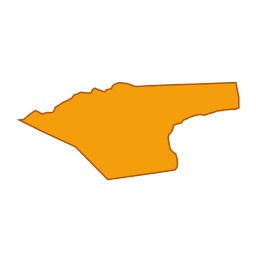 the district of Groaíras, Ceará, Brazil, rotated 94°
{"feature_id": "56859067B67706386881403", "entity_name": "Groaíras", "entity_type": "district", "adm_level": 2, "iso_a3": "BRA", "parent_name": "Brazil", "parent_adm1": "Ceará", "projection": "mercator", "projection_center": [-40.377, -3.916], "detail": "fine", "context": "isolated", "style": "filled", "palette": "amber", "viewbox_px": 256, "rotation_deg": 94, "n_neighbors": 0, "source": "geoboundaries", "source_scale": "gbopen_adm2", "svg_char_len": 1112}
<svg xmlns="http://www.w3.org/2000/svg" viewBox="0 0 256 256"><g transform="rotate(94 128 128)"><path d="M127.6,237.2L139.2,208.8L140.7,204.6L150.5,179.0L180.8,144.6L171.6,101.2L166.5,78.2L164.0,76.4L160.1,76.1L155.4,76.8L150.8,78.5L148.7,81.6L146.3,84.3L141.9,85.6L138.3,86.5L134.7,87.4L131.3,86.6L129.3,84.6L126.1,83.3L122.2,82.7L120.4,78.9L119.1,74.9L116.5,73.6L114.7,70.0L112.9,67.3L112.0,64.7L110.5,61.4L109.5,57.0L109.9,52.5L107.8,47.8L106.5,43.7L104.8,40.5L104.2,36.6L103.2,33.3L102.9,29.9L102.2,27.0L102.0,22.8L100.2,18.8L89.3,19.7L75.2,23.6L75.9,30.3L79.3,61.3L79.6,64.1L81.4,82.6L84.5,110.4L85.9,121.6L85.9,125.0L84.5,128.9L83.8,131.9L83.5,135.8L83.5,140.4L85.2,144.1L87.0,146.3L90.1,147.6L91.2,151.9L93.7,153.7L92.8,156.8L91.7,161.0L90.6,163.8L92.1,166.1L95.6,167.2L95.9,170.8L95.7,175.0L95.7,177.8L97.6,180.7L98.9,184.1L102.0,186.1L104.4,189.5L105.6,192.0L107.2,194.8L109.9,198.3L112.4,201.9L117.0,203.4L118.3,206.0L118.1,209.2L118.9,211.9L120.1,214.8L118.3,218.3L117.1,221.8L119.2,224.4L121.6,227.2L124.4,230.2L126.8,232.7L127.6,237.2Z" fill="#f59e0b" stroke="#b45309" stroke-width="1.5"/></g></svg>